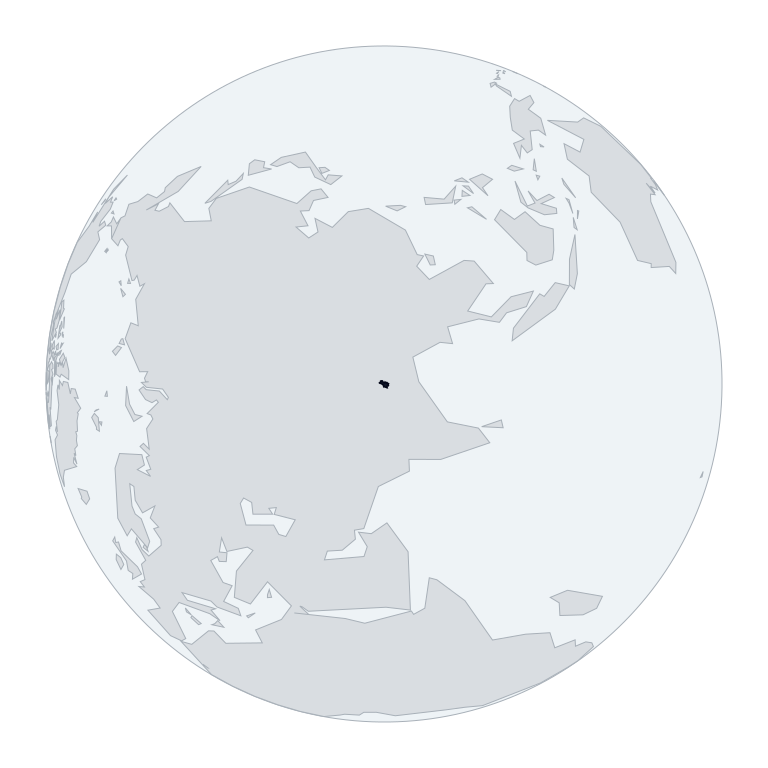 Janakpur highlighted on a globe, orthographic projection, rotated 275°
{"feature_id": "NPL-1131", "entity_name": "Janakpur", "entity_type": "Administrative Zone", "adm_level": 1, "iso_a3": "NPL", "parent_name": "Nepal", "parent_adm1": "", "projection": "orthographic", "projection_center": [86.017, 27.361], "detail": "fine", "context": "on_globe", "style": "filled", "palette": "ink", "viewbox_px": 768, "rotation_deg": 275, "n_neighbors": 0, "source": "natural_earth", "source_scale": "10m", "svg_char_len": 12452}
<svg xmlns="http://www.w3.org/2000/svg" viewBox="0 0 768 768"><g transform="rotate(275 384 384)"><circle cx="384" cy="384" r="338" fill="#eef3f6" stroke="#a8b0b8"/><path d="M499.7,66.5L498.9,66.4L515.5,76.5L530.5,83.8L519.6,79.8L554.5,97.7L569.8,110.2L546.5,93.8L539.5,90.6L546.9,97.4L541.3,95.7L541.6,98.3L534.3,96.1L521.3,87.7L516.3,86.4L521.8,91.4L517.9,93.0L510.6,85.7L503.0,88.1L479.9,76.8L466.2,62.8L447.4,58.2L417.4,49.2L414.1,49.7L400.7,47.9L391.9,48.0L388.9,47.2L384.5,48.2L389.0,49.0L388.6,49.9L383.8,50.4L379.1,49.1L380.8,48.7L376.9,48.6L376.6,47.9L374.1,48.5L368.9,47.6L366.9,49.4L356.8,49.3L355.3,48.6L364.8,47.5L378.8,46.1L403.5,46.6L428.0,49.0L452.3,53.1L476.3,58.9L499.7,66.5ZM339.6,49.0L341.1,48.8L330.2,50.5L316.5,52.9L314.7,53.3L339.6,49.0ZM303.0,55.9L301.9,56.3L296.1,57.7L303.0,55.9ZM542.5,90.1L537.9,86.7L544.3,90.7L542.5,90.1ZM543.0,99.1L546.1,100.8L544.9,101.6L543.0,99.1ZM346.3,48.2L346.7,48.1L343.9,48.5L344.1,48.4L346.3,48.2ZM354.7,47.3L356.9,47.2L355.3,47.3L351.7,47.7L354.0,47.4L354.7,47.3ZM532.7,99.0L529.9,100.2L530.5,97.5L532.7,99.0ZM348.1,48.1L361.5,46.9L366.3,46.6L364.4,47.2L348.1,48.1ZM526.8,99.9L520.3,103.8L526.6,107.5L505.0,100.0L517.7,98.7L517.4,94.5L521.7,98.2L526.8,99.9ZM392.5,49.1L387.5,48.3L396.0,48.7L392.5,49.1ZM398.1,49.3L424.9,51.1L429.9,53.2L419.9,51.8L429.9,54.9L419.1,54.9L411.2,53.3L410.1,51.7L406.8,53.1L398.1,49.3ZM494.1,95.7L490.6,95.8L491.8,94.2L494.1,95.7ZM389.1,50.3L394.1,50.2L398.7,51.9L389.6,52.5L391.0,51.7L389.1,50.3ZM437.8,56.0L439.6,57.8L431.4,58.2L431.0,59.0L419.3,55.2L437.8,56.0ZM387.5,51.6L384.8,52.9L378.3,52.6L384.5,50.6L387.5,51.6ZM403.8,52.2L405.6,53.2L401.6,52.8L403.8,52.2ZM353.6,53.6L359.5,52.8L362.4,53.5L353.6,53.6ZM384.3,53.4L386.5,53.5L388.4,53.9L385.3,54.8L384.3,53.4ZM414.3,56.0L410.5,56.0L418.7,57.5L412.9,58.4L406.1,55.9L406.5,57.3L404.8,57.6L401.2,55.3L414.3,56.0ZM387.6,56.9L377.0,54.8L365.4,55.8L362.5,55.0L381.6,53.7L387.6,56.9ZM395.9,56.1L390.1,56.3L389.4,55.0L392.9,54.0L395.9,56.1ZM411.3,60.1L422.0,59.4L423.2,60.0L411.3,60.1ZM384.4,57.4L387.0,57.9L383.7,57.6L384.4,57.4ZM403.2,59.4L406.8,58.9L408.0,59.6L403.2,59.4ZM389.3,59.7L385.9,58.8L388.1,58.0L389.3,59.7ZM395.8,59.7L396.5,60.8L391.0,58.2L397.2,59.3L395.8,59.7ZM403.7,60.1L405.6,60.4L402.0,60.3L403.7,60.1ZM382.6,63.8L375.1,60.6L380.2,58.5L386.7,61.8L382.6,63.8ZM79.5,237.5L109.9,204.3L107.9,215.2L122.8,230.7L123.1,236.1L111.9,249.0L115.5,285.3L127.8,277.5L140.5,302.4L154.9,311.1L176.8,285.2L153.2,270.1L158.4,253.5L184.8,253.3L206.8,268.0L209.6,262.1L203.5,242.1L216.6,235.6L202.3,234.6L202.2,242.3L193.3,242.3L192.9,235.4L197.5,233.1L193.1,226.8L172.2,241.0L169.8,250.3L153.4,243.2L147.8,258.4L140.6,261.6L147.3,237.1L152.7,230.5L158.6,201.0L151.4,207.0L145.4,235.8L143.7,231.4L133.9,241.3L140.0,230.4L148.5,198.9L139.0,193.0L113.1,208.7L110.5,204.8L114.7,193.3L138.1,168.5L141.3,180.5L149.6,173.3L160.9,157.5L160.9,163.0L165.9,158.4L168.3,162.9L183.4,158.1L187.6,162.0L204.9,150.3L209.4,151.1L197.9,157.5L192.1,164.7L203.9,176.1L209.5,175.4L219.8,167.2L221.8,172.0L230.2,162.8L242.6,166.4L234.6,154.7L246.5,146.3L260.1,143.8L262.5,139.4L240.4,143.6L232.8,147.5L228.6,153.9L206.8,164.3L200.2,162.8L217.7,145.0L210.4,141.4L227.1,130.5L276.8,123.4L291.7,126.6L292.5,148.9L282.4,152.4L277.2,145.7L271.6,159.5L277.1,154.7L278.7,159.1L290.4,153.5L292.2,156.5L300.5,146.4L303.9,149.5L298.6,155.8L318.9,151.4L329.0,156.8L332.8,154.5L333.9,150.6L346.1,160.8L348.3,158.7L345.2,154.5L347.7,147.8L356.7,140.5L360.4,144.4L357.6,147.6L357.4,160.8L349.5,169.5L351.9,170.4L359.7,163.9L360.0,147.6L364.4,142.2L365.7,149.4L365.5,146.3L368.9,144.9L375.7,147.5L374.9,139.5L406.6,122.2L422.9,126.5L420.6,134.1L446.7,129.3L463.0,136.6L460.1,132.3L470.6,128.5L465.7,126.1L465.1,123.9L489.9,115.4L498.6,117.2L506.0,110.7L504.5,108.8L498.5,106.9L505.0,100.0L526.6,107.5L528.9,111.3L540.8,114.2L544.3,122.9L552.7,132.1L549.6,141.3L556.6,148.6L560.5,149.0L572.8,160.1L584.8,182.9L557.9,162.2L536.6,132.0L543.8,143.6L537.1,140.7L536.5,145.0L542.0,153.8L545.8,154.9L528.4,171.1L531.5,197.7L543.7,194.2L554.3,200.8L568.5,232.7L556.2,281.5L570.1,294.6L572.9,304.3L565.0,312.0L560.7,297.8L550.2,294.2L549.0,285.6L535.0,294.5L532.7,282.7L522.9,296.3L529.7,305.0L543.0,300.8L535.5,318.9L552.6,333.4L557.6,353.2L539.2,391.9L515.8,405.8L515.0,412.3L504.2,406.3L492.1,420.0L514.1,453.0L514.3,463.1L493.6,484.2L492.7,476.9L464.0,461.0L460.2,485.1L482.0,503.0L489.6,524.7L473.5,519.1L465.6,499.9L455.5,493.6L457.1,472.9L446.5,442.4L430.2,448.8L430.4,436.2L413.3,410.4L389.3,418.5L351.8,450.4L348.3,481.9L334.7,494.5L313.8,447.1L311.1,415.4L299.4,416.9L281.4,387.3L238.2,376.5L235.8,367.3L226.9,369.0L214.8,356.9L212.6,342.1L203.6,340.0L210.4,379.1L220.5,381.5L234.2,371.5L233.8,384.4L245.9,399.0L219.0,422.6L161.1,430.0L161.8,405.5L151.0,328.4L154.9,321.9L155.1,321.1L155.4,319.5L147.8,329.2L148.1,314.6L147.0,365.8L144.0,385.7L160.2,431.1L157.1,433.6L164.2,444.2L194.9,446.0L193.6,453.7L175.2,483.5L138.4,514.4L147.1,546.9L150.7,571.0L136.1,577.1L145.8,596.7L139.5,597.6L144.7,607.5L144.3,613.6L140.7,615.5L125.3,601.3L117.7,591.5L99.9,566.1L72.2,510.2L69.0,492.6L64.8,474.1L54.5,424.2L56.3,404.8L55.2,392.5L52.0,388.3L51.6,373.5L50.4,369.2L47.5,353.2L50.5,329.2L55.3,305.6L61.7,282.3L69.8,259.6L79.5,237.5ZM89.0,228.1L85.7,233.4L85.7,233.5L89.0,228.1ZM223.5,299.5L241.0,307.4L244.5,286.0L251.5,287.5L250.1,280.1L244.6,284.4L242.9,264.8L254.5,262.5L258.2,254.1L252.5,251.2L231.5,258.8L233.8,286.4L225.0,292.3L223.5,299.5ZM191.2,132.2L188.1,136.9L181.5,140.5L176.3,138.1L185.8,132.5L191.2,132.2ZM185.3,142.9L204.1,127.4L208.1,129.1L202.7,130.6L203.5,133.3L194.9,136.6L180.4,154.4L173.6,159.0L167.6,150.4L173.3,150.3L176.0,145.4L185.3,142.9ZM245.0,92.8L253.2,88.4L251.3,97.5L243.9,100.8L238.1,97.9L243.6,92.4L245.0,92.8ZM342.3,50.4L345.6,49.7L346.9,49.9L345.2,50.6L342.3,50.4ZM356.1,53.1L329.5,54.3L331.8,53.3L313.4,56.3L312.5,55.2L324.4,53.1L309.9,55.0L320.4,52.7L309.8,54.6L336.6,50.0L345.4,48.7L335.9,50.4L336.5,51.3L339.4,51.3L354.3,50.8L373.5,49.4L377.2,50.9L374.7,52.4L370.6,52.9L369.5,51.6L364.9,53.3L360.2,51.9L356.1,53.1ZM343.1,80.6L343.5,76.8L333.4,84.0L328.6,81.0L327.7,82.0L320.5,81.4L310.3,82.8L309.5,81.1L305.9,82.5L301.1,82.5L295.8,83.9L292.5,81.6L285.8,83.3L288.1,81.3L277.4,85.1L283.9,81.3L278.3,81.6L275.0,85.1L270.2,73.2L263.2,72.7L253.8,74.7L266.2,69.1L282.9,64.1L299.8,61.2L304.7,63.2L309.4,60.8L313.2,61.2L307.9,62.9L318.3,60.7L320.0,61.7L335.0,61.8L349.0,58.9L354.8,59.3L350.2,61.0L359.3,60.3L354.5,63.8L358.6,64.4L358.0,68.9L346.8,72.4L352.2,72.8L352.0,76.8L343.1,80.6ZM382.0,65.0L369.6,68.9L360.9,69.5L365.6,61.6L362.6,60.6L365.3,56.5L377.8,56.0L375.9,57.1L376.9,58.2L372.6,57.9L376.9,58.9L374.3,60.7L377.0,62.1L372.2,62.9L382.0,65.0ZM129.2,233.5L130.5,236.3L133.8,239.0L127.7,245.7L129.2,233.5ZM134.5,212.0L136.5,212.9L129.4,222.8L128.1,220.3L134.5,212.0ZM143.6,205.6L137.2,212.2L139.8,207.1L143.6,205.6ZM200.3,158.3L203.2,159.3L201.2,161.5L196.8,163.5L200.3,158.3ZM312.1,104.6L313.7,101.5L316.0,101.3L325.2,95.7L329.5,98.0L325.6,102.3L312.1,104.6ZM169.3,287.6L161.7,290.6L161.0,286.5L163.8,286.3L169.3,287.6ZM141.0,267.4L144.7,275.7L139.3,269.2L141.0,267.4ZM318.2,106.1L321.6,103.4L321.6,106.3L318.2,106.1ZM333.1,99.5L334.2,102.4L331.1,97.7L333.1,99.5ZM318.4,707.3L324.7,709.6L319.2,708.9L318.4,707.3ZM194.5,584.8L191.5,620.1L179.1,615.4L171.4,602.4L168.7,579.4L181.3,577.6L185.9,568.2L194.5,584.8ZM565.3,562.3L573.7,561.6L573.3,563.0L565.3,562.3ZM556.5,559.7L566.5,558.0L554.5,563.0L556.5,559.7ZM570.3,557.3L580.4,552.5L584.8,549.2L583.8,552.2L570.3,557.3ZM549.6,561.2L510.8,567.0L495.2,565.3L499.2,560.0L524.5,557.9L549.6,561.2ZM497.9,560.0L473.5,548.2L438.2,507.9L450.9,508.1L487.4,531.3L485.2,535.9L499.9,545.7L497.9,560.0ZM555.7,525.5L553.2,539.0L532.1,541.5L522.4,540.8L515.7,524.9L519.5,515.7L527.5,514.8L557.3,479.8L568.0,485.1L559.3,499.6L567.9,509.5L555.7,525.5ZM350.0,485.0L358.4,504.0L350.8,506.5L350.0,485.0ZM568.2,456.1L557.0,471.8L566.8,451.8L568.2,456.1ZM573.3,437.8L574.6,444.5L569.2,438.9L573.3,437.8ZM515.8,422.0L507.3,424.7L506.6,419.7L517.0,413.4L515.8,422.0ZM561.3,370.1L563.4,384.8L562.5,390.1L557.6,382.0L561.3,370.1ZM359.4,127.7L341.7,132.3L331.9,138.5L330.8,145.8L324.8,138.0L340.0,128.5L359.4,127.7ZM400.4,122.1L401.3,116.6L405.9,118.4L406.4,119.9L400.4,122.1ZM397.4,119.3L389.1,114.1L392.9,110.6L398.7,115.4L397.4,119.3ZM353.1,108.5L347.6,109.5L347.6,107.0L353.1,108.5ZM597.9,645.6L596.2,647.0L603.0,640.8L610.2,635.0L605.4,639.3L597.9,645.6ZM588.8,633.9L530.6,664.2L519.5,665.0L526.0,658.0L523.3,640.0L527.2,639.7L529.2,625.8L565.8,605.1L593.1,573.7L609.1,570.2L623.9,547.1L639.1,542.4L632.1,559.1L645.1,561.8L660.9,523.8L661.8,554.1L666.5,559.7L659.5,577.7L625.2,620.5L612.0,632.8L612.6,631.4L606.3,637.0L601.1,639.7L604.3,632.1L597.9,637.4L606.9,627.7L596.2,637.6L596.4,632.9L588.8,633.9ZM693.7,519.2L694.4,517.5L694.8,516.8L693.7,519.2ZM704.8,490.3L705.2,489.0L705.0,489.4L704.8,490.3ZM705.2,489.0L706.6,484.6L705.5,488.1L705.2,489.0ZM705.6,478.1L706.6,475.3L706.6,476.3L705.6,478.1ZM586.2,558.7L598.6,545.8L604.7,543.2L586.2,558.7ZM705.3,475.5L703.6,477.4L704.1,475.3L705.3,475.5ZM706.1,470.8L706.3,468.3L706.4,473.3L706.1,470.8ZM703.4,469.0L705.1,471.1L703.0,469.9L703.4,469.0ZM701.9,471.2L700.3,470.9L700.5,469.9L701.9,471.2ZM677.4,494.0L684.2,504.4L677.4,508.8L670.3,503.8L662.4,517.0L646.0,523.3L650.4,515.7L648.8,507.6L630.4,511.2L626.7,506.6L633.7,500.1L620.8,499.7L635.0,492.1L640.3,502.4L648.1,489.7L660.5,486.6L671.7,485.0L679.7,489.2L677.4,494.0ZM634.1,519.2L636.4,518.4L634.1,522.8L634.1,519.2ZM697.1,467.6L699.5,470.9L699.0,472.7L697.7,473.1L697.1,467.6ZM681.7,485.9L690.7,470.0L692.6,468.8L686.5,484.2L681.7,485.9ZM689.0,464.8L692.7,463.5L694.4,467.7L693.5,469.9L689.0,464.8ZM605.3,517.4L604.6,521.1L600.8,519.5L605.3,517.4ZM610.4,513.9L621.6,514.1L609.2,517.2L610.4,513.9ZM573.8,511.3L577.4,518.7L588.9,510.7L580.1,520.4L587.4,531.9L584.6,537.5L577.4,524.9L574.1,540.4L569.0,541.3L566.6,529.1L572.0,512.2L577.1,504.5L597.6,496.8L573.8,511.3ZM610.4,504.0L607.4,495.2L609.6,488.1L613.0,492.2L610.4,504.0ZM597.4,474.3L588.2,465.0L580.6,471.2L595.4,451.4L601.8,463.6L597.4,474.3ZM588.5,450.9L581.5,456.6L588.3,445.5L588.5,450.9ZM579.3,453.2L577.7,445.3L583.7,445.1L579.3,453.2ZM592.4,450.4L592.5,436.3L596.2,443.7L592.4,450.4ZM573.4,427.8L587.4,438.2L570.4,436.2L566.4,409.8L573.4,407.7L573.4,427.8ZM592.0,311.0L588.4,303.8L593.8,300.5L594.7,306.3L592.0,311.0ZM608.2,285.5L594.1,297.4L582.3,307.9L587.5,310.2L587.6,323.9L578.0,313.6L584.1,297.0L593.6,291.4L592.0,280.3L597.2,271.1L591.3,258.4L592.6,251.9L600.8,261.9L608.2,285.5ZM588.4,253.3L580.1,230.6L591.7,230.7L596.1,235.7L595.0,245.8L589.0,245.1L588.4,253.3ZM581.5,225.5L575.5,224.8L550.8,195.7L548.4,189.8L573.4,210.6L569.1,211.4L573.1,218.9L581.5,225.5ZM493.3,97.7L490.9,95.9L494.7,97.0L493.3,97.7ZM462.1,122.7L461.9,119.8L466.4,120.7L462.1,122.7ZM463.9,112.8L459.0,113.7L462.6,111.1L463.9,112.8ZM448.2,116.3L456.3,113.3L450.8,118.6L448.2,116.3Z" fill="#d9dde1" stroke="#a8b0b8" stroke-width="1"/><path d="M384.7,379.3L384.8,379.3L384.9,379.6L384.8,379.8L384.9,380.0L385.0,380.2L385.0,380.3L385.3,380.3L385.6,380.6L385.8,380.6L386.0,380.7L386.1,380.8L386.4,380.7L386.5,380.6L386.6,380.4L386.7,380.5L386.9,380.7L386.9,380.9L386.9,381.0L386.9,381.3L387.0,381.5L387.0,381.8L386.9,381.8L386.9,382.0L386.8,382.3L386.7,382.4L386.4,382.5L386.2,382.7L385.8,383.0L385.3,383.5L385.2,383.8L385.1,384.0L385.2,384.3L385.0,384.6L385.4,384.7L385.6,384.7L385.6,384.8L385.8,384.9L385.9,385.0L386.0,385.0L385.8,385.3L385.6,385.4L385.6,385.5L385.8,385.7L385.8,385.9L385.8,386.1L385.6,386.3L385.4,386.4L385.3,386.6L385.1,386.6L384.9,386.5L384.7,386.7L384.7,386.8L384.7,387.0L384.7,387.3L384.8,387.4L384.8,387.5L384.9,387.8L385.0,387.8L384.9,387.9L384.7,388.5L384.1,388.2L383.8,388.2L383.7,388.2L383.6,388.3L383.2,388.6L382.9,388.5L382.5,388.3L382.4,388.2L382.4,387.5L382.3,387.3L382.3,387.2L381.9,387.0L381.4,387.1L381.2,387.3L380.9,387.4L380.7,387.4L380.5,387.5L380.5,387.3L380.5,387.2L380.7,386.8L380.8,386.5L380.9,386.4L380.9,386.2L380.9,385.9L381.0,385.7L381.3,385.3L381.3,385.1L381.4,384.9L381.4,384.6L381.2,384.4L381.0,384.2L381.3,383.9L381.5,384.0L382.3,384.0L382.4,383.9L382.5,383.8L382.5,383.7L382.8,383.7L383.0,383.5L382.9,383.3L382.9,383.2L383.0,383.1L383.1,382.9L383.4,382.5L383.6,382.3L383.6,382.2L383.8,381.9L383.9,381.7L384.0,381.7L384.1,381.3L384.1,381.2L384.2,380.9L384.3,380.9L384.5,380.7L384.4,380.5L384.4,380.4L384.3,380.2L384.3,379.9L384.7,379.3Z" fill="#0f172a" stroke="#020617" stroke-width="1.5"/></g></svg>